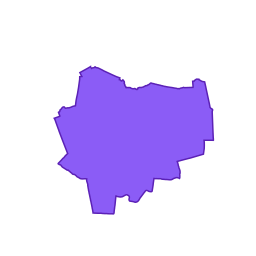 Brezoaele, Dâmbovita, Romania, rotated 313°
{"feature_id": "2599482B97549882427292", "entity_name": "Brezoaele", "entity_type": "district", "adm_level": 2, "iso_a3": "ROU", "parent_name": "Romania", "parent_adm1": "Dâmbovita", "projection": "albers", "projection_center": [25.752, 44.562], "detail": "fine", "context": "isolated", "style": "filled", "palette": "violet", "viewbox_px": 256, "rotation_deg": 313, "n_neighbors": 0, "source": "geoboundaries", "source_scale": "gbopen_adm2", "svg_char_len": 5608}
<svg xmlns="http://www.w3.org/2000/svg" viewBox="0 0 256 256"><g transform="rotate(313 128 128)"><path d="M60.3,172.7L62.7,171.1L64.0,170.1L69.4,166.0L70.1,165.6L70.2,165.8L70.4,166.4L70.6,166.9L71.5,168.3L72.1,169.2L72.8,169.9L73.3,170.3L74.0,170.8L74.6,171.0L77.3,171.9L78.0,172.3L78.5,172.8L78.5,173.0L78.9,174.5L78.9,175.0L78.8,175.4L78.7,175.7L78.4,176.1L78.1,176.4L76.8,177.2L76.3,177.6L76.1,177.8L75.9,178.3L75.8,178.6L75.7,178.9L75.8,179.2L76.2,179.8L77.1,181.1L77.6,181.9L78.0,182.6L78.2,183.1L78.4,183.5L78.7,184.0L79.2,184.4L80.0,184.9L80.6,185.1L80.9,185.2L81.6,185.2L82.3,185.2L83.2,185.0L84.2,184.8L84.8,184.6L87.0,184.4L88.7,184.2L89.7,184.1L90.1,184.1L90.6,184.0L91.4,183.9L92.3,183.9L93.3,183.7L93.9,183.7L94.3,183.7L94.8,183.9L95.0,184.1L95.2,184.4L95.3,184.6L95.6,185.2L95.7,185.8L95.9,186.5L96.3,187.2L96.6,187.6L97.0,188.2L97.2,188.4L97.7,188.7L98.3,188.7L98.6,188.5L102.3,186.0L103.6,185.1L104.5,184.4L108.8,181.4L109.5,182.4L109.9,182.9L110.1,183.0L111.2,184.3L112.5,185.7L113.2,186.5L113.7,187.7L114.4,188.6L115.0,189.3L115.8,190.4L116.8,191.5L117.7,192.7L118.7,194.0L119.7,194.9L120.9,195.5L121.5,195.6L122.4,195.9L123.4,196.5L124.3,196.9L125.0,197.5L125.5,198.2L126.0,199.2L126.3,200.0L126.3,199.9L126.3,200.0L126.8,199.9L128.4,198.5L129.7,197.1L130.0,197.0L130.3,197.0L130.9,196.5L132.1,195.3L132.5,194.6L133.1,193.6L133.2,193.2L133.8,192.1L134.3,191.5L134.7,190.6L135.6,189.4L136.4,188.1L137.1,186.8L144.3,191.3L148.8,194.2L160.3,201.0L164.9,197.8L167.3,195.7L169.4,193.7L170.9,192.0L171.1,192.2L176.5,198.0L177.2,198.8L177.3,198.8L178.5,197.6L178.8,197.2L183.6,192.3L197.1,178.7L197.7,178.2L198.6,177.8L198.8,177.7L199.1,177.4L199.2,177.1L199.2,176.8L199.2,176.5L199.1,176.3L199.2,176.2L199.1,175.9L199.1,175.7L198.9,175.3L198.9,175.1L199.0,174.0L199.1,173.9L201.2,171.0L210.6,157.5L210.7,157.4L214.0,152.6L212.9,150.9L212.5,150.2L212.4,149.8L212.0,148.1L211.9,147.3L211.7,147.1L211.7,146.9L212.0,146.6L210.6,144.9L210.3,144.7L208.1,144.2L207.8,144.3L207.6,144.4L207.4,144.4L206.3,143.4L202.7,147.3L202.0,147.8L201.8,147.6L198.3,144.1L197.2,143.0L196.8,142.6L196.0,141.8L195.9,141.5L195.6,141.0L195.5,140.8L195.1,140.7L194.0,140.0L192.9,139.2L192.5,139.0L192.2,139.0L191.9,138.9L191.6,138.7L191.3,138.1L191.1,137.9L190.9,137.8L190.7,137.6L190.4,137.1L190.2,136.6L189.8,136.0L188.9,134.7L187.4,132.3L187.2,132.1L187.0,131.8L185.5,129.6L185.2,129.2L184.3,127.8L183.8,126.9L183.4,126.5L183.3,126.3L183.1,125.7L182.9,125.5L182.6,125.0L182.5,124.8L182.4,124.5L181.6,123.2L181.3,122.5L180.6,121.5L180.6,121.3L179.9,120.2L179.7,119.9L179.2,118.8L178.8,118.3L178.2,117.1L177.5,115.8L177.2,115.5L177.0,115.0L176.7,114.3L176.4,114.0L176.3,113.9L174.4,113.7L173.9,113.6L172.9,113.1L172.6,113.0L172.1,113.0L171.8,112.9L171.7,112.8L171.3,112.3L170.9,112.0L170.2,111.8L169.9,111.8L169.2,111.4L168.9,111.4L168.6,111.3L168.2,111.1L167.8,110.8L167.5,110.6L167.2,110.4L166.9,110.3L166.4,109.8L165.7,108.9L165.4,108.7L164.6,108.2L164.2,108.0L163.8,108.0L163.7,108.1L163.6,108.3L163.3,108.5L163.1,108.5L162.7,108.3L162.4,108.3L162.4,108.1L162.2,108.1L161.9,107.8L161.8,107.1L161.6,106.9L161.6,106.7L161.7,106.4L161.3,105.8L160.8,105.6L160.7,105.6L160.5,105.3L160.3,105.0L159.7,104.4L159.1,102.9L159.2,102.4L159.0,102.0L158.5,101.4L158.4,101.4L157.9,100.7L157.6,100.6L157.3,100.1L157.1,99.9L156.2,99.1L156.4,98.5L156.8,98.1L156.8,97.9L156.8,97.4L156.8,97.1L157.0,96.6L157.2,96.4L157.3,96.2L157.7,95.9L157.8,95.3L158.0,94.9L158.2,94.6L158.4,94.6L158.7,94.4L159.1,94.0L159.4,93.5L159.6,92.4L159.7,92.1L159.7,91.8L159.7,91.5L159.7,91.4L159.3,91.4L159.0,91.6L158.9,91.6L158.2,91.3L157.9,91.1L157.8,90.8L157.8,90.6L157.9,90.4L157.8,89.4L157.9,89.2L157.7,89.0L157.5,88.7L159.1,87.9L157.6,84.4L156.5,81.2L153.2,71.1L152.9,69.7L151.5,65.1L151.2,64.7L150.8,63.9L150.5,63.7L150.2,63.0L150.2,62.8L150.3,62.6L150.3,62.2L150.1,62.1L149.8,62.1L149.3,62.1L148.9,62.0L148.0,61.2L147.1,60.8L146.8,60.8L146.8,60.6L147.0,59.2L147.2,58.8L147.3,58.7L144.5,57.9L135.7,55.0L134.2,59.1L132.6,57.7L130.7,59.4L128.3,61.1L126.6,62.3L123.9,64.2L118.3,67.9L114.9,69.9L112.7,71.3L108.4,74.4L107.0,73.4L106.2,72.9L105.6,72.6L104.7,72.3L102.5,71.1L102.3,70.9L101.7,70.2L100.9,69.6L100.2,69.1L99.8,68.8L99.7,68.6L99.9,67.5L99.9,67.0L99.7,66.7L99.3,66.4L98.8,66.1L98.4,66.0L98.1,66.0L95.8,66.2L95.3,66.2L94.9,66.0L94.3,66.3L93.8,66.7L93.5,66.8L93.2,66.9L92.8,66.7L92.3,66.4L92.1,66.4L91.9,66.7L91.8,67.0L90.4,69.8L90.2,69.9L90.0,70.1L84.8,67.4L84.4,68.7L79.8,77.6L79.3,78.7L79.1,79.0L78.8,79.5L77.6,81.9L74.4,88.4L68.4,100.8L68.2,101.3L65.0,101.1L62.8,101.3L62.2,101.3L61.4,101.1L58.8,101.2L54.7,101.1L54.3,101.2L54.2,101.3L54.4,102.8L54.8,103.2L55.0,103.7L55.0,104.2L55.0,105.0L54.8,105.2L54.8,105.9L54.7,106.1L54.7,106.4L54.7,106.8L55.5,111.1L55.6,111.5L55.6,112.0L55.7,112.3L56.1,112.7L56.3,112.9L56.4,113.1L56.3,113.7L56.4,114.3L56.5,115.2L56.4,115.9L56.5,116.8L56.6,117.7L56.5,118.2L56.5,118.5L56.6,119.3L56.8,119.6L57.0,119.9L57.3,120.1L57.5,120.6L57.6,121.1L57.7,122.1L57.7,123.3L57.6,123.6L57.6,124.0L58.1,125.7L58.3,126.7L58.4,127.5L59.1,128.7L59.9,129.6L61.7,131.3L62.1,131.8L62.6,132.6L61.8,133.1L61.7,133.2L60.8,134.4L59.5,136.8L59.3,137.1L59.0,137.3L58.6,137.7L56.5,140.4L56.0,141.1L55.4,141.8L55.0,142.5L53.7,144.2L53.4,144.7L50.9,148.2L50.6,148.7L49.5,150.1L49.3,150.5L47.8,152.6L45.6,155.7L45.1,156.3L43.9,158.0L42.3,160.1L42.0,160.4L42.1,160.5L42.7,161.3L43.9,162.7L45.2,164.2L46.3,165.4L47.4,166.5L47.8,167.3L48.0,167.5L49.9,169.8L50.6,170.4L50.9,170.9L52.3,172.6L55.4,176.0L55.7,176.0L56.5,175.6L57.6,174.7L59.7,173.2L60.1,172.9L60.3,172.8L60.3,172.7Z" fill="#8b5cf6" stroke="#5b21b6" stroke-width="1.5"/></g></svg>